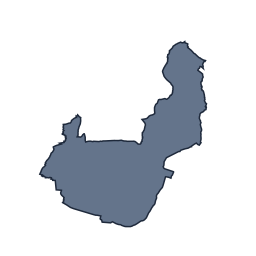 outline of Hulubesti, Dâmbovita, Romania, rotated 14°
{"feature_id": "2599482B41266636799835", "entity_name": "Hulubesti", "entity_type": "district", "adm_level": 2, "iso_a3": "ROU", "parent_name": "Romania", "parent_adm1": "Dâmbovita", "projection": "orthographic", "projection_center": [25.25, 44.872], "detail": "fine", "context": "isolated", "style": "filled", "palette": "slate", "viewbox_px": 256, "rotation_deg": 14, "n_neighbors": 0, "source": "geoboundaries", "source_scale": "gbopen_adm2", "svg_char_len": 5790}
<svg xmlns="http://www.w3.org/2000/svg" viewBox="0 0 256 256"><g transform="rotate(14 128 128)"><path d="M162.5,215.7L163.8,214.6L164.7,214.5L166.2,213.1L167.0,211.6L167.5,210.8L168.6,205.2L169.4,203.5L170.5,199.2L171.0,198.3L171.2,197.2L172.0,196.2L172.4,195.0L172.3,191.7L172.7,189.0L172.1,187.4L172.0,186.7L172.1,186.1L172.2,185.4L173.0,184.0L174.2,180.3L175.7,177.4L175.9,175.0L176.2,166.3L176.4,166.1L179.6,166.0L181.8,166.3L181.8,164.0L182.5,162.8L182.5,162.4L182.9,159.7L182.7,159.4L173.5,158.7L172.3,158.2L171.5,157.0L171.7,156.6L171.8,155.3L171.2,152.0L172.5,147.5L182.8,138.6L184.0,138.3L184.6,136.8L188.2,134.5L191.2,133.0L193.2,131.2L194.1,130.8L193.9,130.4L196.4,127.5L198.0,126.1L199.6,127.1L201.3,127.4L202.4,124.6L201.8,124.3L201.6,123.5L201.6,121.5L201.3,120.1L200.5,117.7L200.3,116.1L199.9,115.7L199.6,114.0L200.0,112.9L199.7,111.4L198.4,109.3L197.3,107.1L197.5,105.1L196.8,104.4L196.6,103.5L195.8,102.7L194.9,101.4L194.6,99.8L194.7,98.7L194.5,97.4L194.4,97.2L195.1,95.6L195.5,95.2L196.1,94.9L196.2,94.5L197.1,94.0L197.5,93.4L197.8,92.2L199.1,91.4L199.2,90.5L198.7,89.5L198.7,89.1L199.0,89.0L198.9,88.7L198.7,88.5L198.3,88.8L197.8,88.3L198.2,87.2L198.3,85.5L197.2,85.1L197.2,84.8L195.7,83.3L195.5,82.8L195.6,82.3L195.8,82.0L195.7,81.5L195.1,80.4L195.1,80.0L194.9,79.9L195.0,79.6L194.7,79.3L194.1,77.5L192.5,74.5L191.8,73.7L190.9,73.6L190.9,73.3L190.4,73.0L190.4,72.8L190.1,72.7L189.7,72.0L189.8,71.4L190.0,71.1L189.8,70.9L189.8,70.4L189.8,70.2L189.5,70.2L189.4,69.9L189.6,69.8L189.4,69.5L189.1,69.6L189.1,69.1L188.4,68.2L187.9,66.9L187.6,65.8L188.4,65.0L188.2,64.5L188.5,63.9L188.4,63.4L188.2,62.9L188.2,62.0L188.6,60.4L187.8,59.1L187.3,57.6L185.6,56.7L181.8,55.1L182.0,53.7L182.9,52.6L183.0,50.9L184.2,50.7L184.6,51.0L186.6,52.0L186.1,51.2L186.0,50.0L185.0,48.1L185.1,47.4L185.7,45.1L186.2,44.8L186.6,44.8L186.9,43.8L184.8,43.8L182.3,43.2L181.1,42.6L180.1,42.6L178.3,41.7L175.2,39.9L173.6,39.5L172.2,38.4L169.9,37.0L169.2,36.8L168.1,36.1L167.4,36.0L167.0,35.8L166.5,35.4L166.8,35.0L166.8,34.7L166.2,34.4L165.8,34.0L165.7,32.0L164.5,31.7L162.7,31.6L162.2,30.4L160.7,32.1L159.0,32.2L158.4,31.9L155.7,33.9L155.1,34.6L154.1,35.3L153.7,35.9L152.0,37.8L151.8,39.3L151.0,40.8L150.6,41.3L150.4,41.8L149.5,42.9L149.6,43.6L150.0,44.0L149.8,44.7L149.9,45.8L149.5,46.7L148.9,47.1L149.1,49.0L148.9,49.6L149.2,50.1L149.7,50.1L149.9,50.4L149.7,50.9L150.0,51.6L149.9,52.3L150.4,53.7L150.3,54.4L150.1,54.6L150.0,55.5L150.2,56.0L149.6,56.6L149.4,57.6L149.0,58.4L149.0,58.8L148.3,61.0L147.8,64.0L147.9,65.0L150.6,69.2L152.7,70.9L154.2,71.9L158.4,74.0L158.7,74.2L159.2,75.0L160.9,76.2L161.5,76.8L161.9,77.9L162.0,78.8L162.4,80.0L162.3,80.9L162.5,82.0L162.7,82.3L162.5,83.2L162.7,83.7L162.4,84.7L161.9,85.2L162.0,85.7L161.1,86.2L160.8,87.2L160.7,87.9L160.1,89.1L159.0,90.4L158.5,90.8L158.1,90.8L156.7,90.5L153.1,92.4L151.8,92.6L150.8,93.3L150.4,96.9L149.2,98.4L148.9,100.6L148.8,101.8L149.5,104.6L150.2,106.5L150.4,107.6L148.8,109.2L146.7,110.3L145.6,111.4L145.4,111.6L145.2,112.5L144.7,112.9L144.5,113.6L144.1,114.0L143.0,114.8L139.5,116.3L142.9,118.9L143.5,119.5L144.2,120.9L144.1,122.4L144.2,126.1L143.8,127.1L143.7,128.1L143.2,128.7L143.0,129.3L143.1,129.7L143.5,130.3L143.4,130.9L143.6,131.7L144.1,132.9L144.5,133.2L144.3,133.9L144.6,134.2L144.5,136.6L144.9,137.4L144.3,138.1L144.4,138.7L144.1,139.2L144.3,139.9L144.1,140.2L143.8,140.6L142.5,141.1L142.1,141.0L141.5,141.1L139.9,140.1L138.8,139.7L138.1,139.4L137.0,139.4L130.1,141.2L129.6,141.1L127.0,141.6L124.4,141.5L121.8,142.5L117.5,143.5L108.9,146.1L107.6,146.4L106.5,146.8L106.0,147.3L104.6,147.4L103.1,148.2L97.8,149.2L97.3,149.7L94.5,149.9L92.4,150.6L90.3,151.8L89.5,150.4L88.7,147.3L87.3,144.7L86.9,144.2L86.6,144.3L85.7,145.6L85.4,146.8L84.6,147.9L84.0,148.4L82.2,148.5L80.8,148.9L80.8,148.4L81.3,147.9L81.1,146.3L80.5,144.2L80.5,143.5L80.3,143.0L80.1,141.9L80.2,140.7L80.2,138.7L80.7,135.5L80.4,132.6L79.7,130.3L79.6,129.3L77.7,128.8L77.0,128.0L76.0,127.5L76.1,128.1L75.6,128.3L75.4,128.7L75.5,129.7L74.9,129.3L75.0,129.8L74.7,130.6L73.4,131.7L71.4,134.3L71.4,134.6L71.5,135.5L70.8,137.1L69.5,137.6L66.9,139.3L64.3,140.2L64.5,140.8L64.9,141.2L65.0,141.5L64.8,142.3L64.8,142.9L65.3,143.2L65.6,144.1L65.6,144.5L65.3,144.9L65.4,145.3L65.7,145.7L66.4,146.0L66.1,146.3L66.0,146.9L65.8,147.2L65.9,147.6L66.3,147.7L66.3,148.1L65.6,149.6L65.8,150.0L66.5,150.0L66.9,149.4L67.5,149.9L67.7,150.3L68.7,150.3L68.7,150.6L69.0,151.1L69.8,151.0L69.7,151.4L69.6,152.4L70.3,152.6L70.2,153.0L70.6,153.3L70.5,153.5L70.0,153.9L70.2,154.6L70.4,154.8L70.3,155.1L70.2,155.9L69.0,156.3L69.1,156.8L69.5,157.1L69.5,157.5L65.3,159.3L67.0,159.8L62.7,162.3L60.1,164.4L60.3,165.1L61.3,166.4L61.2,167.6L60.5,169.8L59.7,170.7L59.5,171.2L59.4,173.1L59.1,173.8L59.1,174.9L58.7,175.7L58.3,177.0L56.9,179.5L56.8,180.1L56.2,181.6L56.3,181.9L56.8,182.3L56.3,183.1L56.2,183.5L57.0,184.1L57.0,184.3L56.5,184.9L56.2,185.7L55.2,186.8L54.6,188.1L54.4,189.4L54.2,189.8L54.3,190.6L54.1,190.9L54.2,191.3L54.0,191.7L54.1,192.1L53.8,192.7L53.6,194.2L56.1,194.2L55.8,195.3L57.2,195.7L57.3,195.0L57.4,194.8L60.0,195.8L59.9,196.2L60.3,196.2L60.3,195.8L63.5,195.5L64.0,194.9L65.7,194.8L65.8,194.9L65.5,196.2L67.4,196.1L67.6,197.0L70.1,196.5L73.3,205.4L78.5,204.5L78.6,205.0L78.4,206.2L78.4,207.4L79.0,208.5L79.3,208.8L79.7,208.9L79.9,209.3L82.3,210.6L82.6,210.9L82.8,211.0L82.6,211.6L82.7,212.0L83.1,212.6L82.8,213.3L83.2,213.5L83.2,213.9L83.0,214.4L83.4,215.3L82.8,215.7L82.6,216.2L86.9,217.4L91.4,219.0L94.7,219.4L116.2,220.4L117.9,220.4L119.0,220.1L122.9,219.9L122.9,222.7L123.4,223.4L124.2,223.4L124.7,223.7L125.7,225.6L134.2,224.2L134.5,223.6L135.2,223.2L135.6,222.7L139.5,223.7L142.3,223.9L144.3,223.6L145.4,224.0L148.5,224.3L149.6,224.2L154.2,223.1L155.8,222.1L156.8,221.1L158.1,220.4L160.2,218.3L162.5,215.7Z" fill="#64748b" stroke="#1e293b" stroke-width="1.5"/></g></svg>